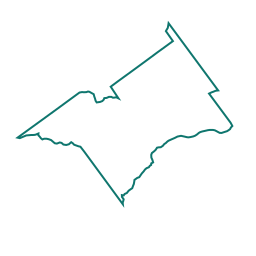 Primavera de Rondônia, Rondônia, Brazil, rotated 54°
{"feature_id": "56859067B52745918565634", "entity_name": "Primavera de Rondônia", "entity_type": "district", "adm_level": 2, "iso_a3": "BRA", "parent_name": "Brazil", "parent_adm1": "Rondônia", "projection": "albers", "projection_center": [-61.3, -11.908], "detail": "fine", "context": "isolated", "style": "outline", "palette": "teal", "viewbox_px": 256, "rotation_deg": 54, "n_neighbors": 0, "source": "geoboundaries", "source_scale": "gbopen_adm2", "svg_char_len": 1790}
<svg xmlns="http://www.w3.org/2000/svg" viewBox="0 0 256 256"><g transform="rotate(54 128 128)"><path d="M71.9,40.4L84.1,40.6L84.1,60.0L84.2,69.5L84.3,88.8L84.3,98.3L84.3,108.0L84.4,117.7L98.4,118.3L96.2,119.5L95.5,121.0L94.6,122.4L93.0,123.2L91.6,125.1L91.1,127.6L89.9,129.6L90.8,131.0L91.1,133.0L90.5,135.3L88.9,138.3L86.9,138.2L84.9,137.4L82.8,136.8L80.5,135.9L77.9,137.1L76.1,137.9L75.0,138.9L74.5,140.6L73.2,142.6L71.9,144.1L70.8,146.4L70.9,177.6L70.9,223.0L72.6,221.5L73.3,218.6L74.2,214.7L75.6,212.4L76.6,210.7L78.4,208.1L79.1,206.7L79.8,203.7L81.2,204.8L83.2,204.5L85.0,204.5L86.9,204.0L87.4,202.1L88.8,200.2L90.5,198.7L92.6,197.3L97.3,196.2L98.8,194.7L99.6,191.7L101.0,190.5L103.4,190.0L105.4,188.0L106.4,185.4L106.1,182.3L107.7,181.7L109.9,181.4L111.8,180.1L113.7,178.8L115.2,177.5L121.4,177.3L186.7,177.0L185.3,176.2L184.3,174.8L183.1,173.4L180.2,173.4L178.7,172.4L180.0,171.2L179.4,169.5L179.9,167.2L179.1,164.3L179.1,161.8L179.2,160.0L177.7,157.8L176.8,156.3L175.1,154.5L173.8,153.3L173.8,149.8L174.4,147.8L172.9,143.6L172.3,140.8L171.6,138.7L171.4,136.6L172.0,134.2L171.4,132.6L171.5,131.0L170.3,130.0L170.6,127.9L168.1,127.0L165.7,126.5L163.4,125.0L162.3,123.4L162.2,120.5L161.9,118.4L161.0,116.1L161.6,114.7L162.8,112.8L162.9,110.3L162.3,108.1L162.4,106.2L162.1,104.3L162.1,102.7L162.8,99.3L163.3,97.1L163.6,95.6L164.0,93.0L165.5,89.7L168.2,87.3L170.1,85.7L171.1,84.6L172.0,82.9L173.2,80.1L173.7,78.1L173.8,75.8L173.6,73.5L173.8,71.9L174.4,70.1L175.7,67.1L176.7,64.7L177.5,63.2L179.5,60.4L180.9,59.1L182.3,58.4L185.8,56.7L187.0,55.2L187.9,52.4L188.8,49.7L188.9,47.9L188.9,46.1L188.1,44.5L187.7,42.4L184.2,41.9L147.8,42.2L148.3,39.4L148.8,37.7L149.4,35.2L150.6,33.0L67.1,33.6L68.6,35.1L70.4,37.0L71.2,38.9L71.9,40.4Z" fill="none" stroke="#0f766e" stroke-width="2"/></g></svg>